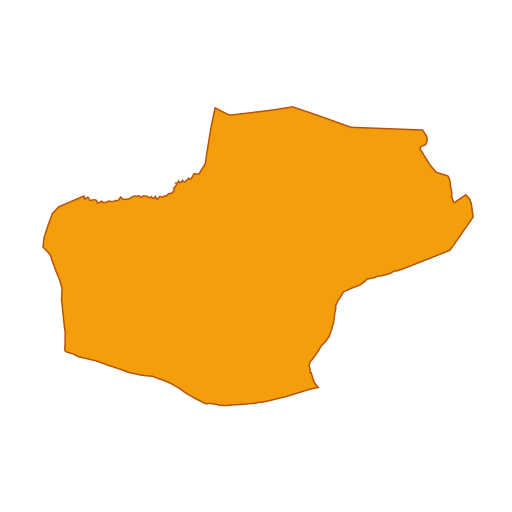 the district of San Pablo Tijaltepec, Oaxaca, Mexico, rotated 275°
{"feature_id": "50627088B89974538637092", "entity_name": "San Pablo Tijaltepec", "entity_type": "district", "adm_level": 2, "iso_a3": "MEX", "parent_name": "Mexico", "parent_adm1": "Oaxaca", "projection": "mercator", "projection_center": [-97.471, 17.005], "detail": "fine", "context": "isolated", "style": "filled", "palette": "amber", "viewbox_px": 512, "rotation_deg": 275, "n_neighbors": 0, "source": "geoboundaries", "source_scale": "gbopen_adm2", "svg_char_len": 3493}
<svg xmlns="http://www.w3.org/2000/svg" viewBox="0 0 512 512"><g transform="rotate(275 256 256)"><path d="M104.4,218.8L104.6,220.1L105.0,221.7L105.1,223.3L104.9,228.9L104.7,229.8L104.2,232.1L104.2,236.7L104.3,238.1L105.0,242.4L105.6,245.6L106.1,249.2L107.0,255.1L108.2,261.7L109.4,268.9L110.0,269.8L111.3,276.5L115.7,289.6L118.4,297.6L123.0,309.0L125.2,314.5L127.0,318.8L127.5,320.1L128.9,324.2L130.1,327.8L130.4,329.3L135.9,324.6L137.7,323.9L144.6,321.1L144.6,320.2L148.0,319.8L150.2,318.9L151.7,318.4L152.3,318.5L153.2,318.7L155.5,319.2L157.2,320.5L158.7,321.5L160.7,322.8L162.0,323.7L167.5,326.7L171.9,328.7L176.9,332.7L182.1,335.9L184.5,336.4L187.0,337.1L189.4,337.7L190.3,338.1L191.1,338.2L191.9,337.9L192.8,337.9L194.6,338.9L195.0,339.0L205.7,339.5L209.6,339.9L210.8,340.0L211.8,340.0L213.2,339.6L217.2,341.1L219.0,341.6L220.6,342.8L227.9,346.3L231.3,352.2L233.0,355.5L234.5,358.7L236.0,361.8L238.1,364.3L239.9,366.5L242.5,368.3L244.6,375.4L246.4,378.9L247.4,383.4L249.1,388.2L250.7,391.7L252.1,393.6L253.3,395.4L253.3,397.3L255.8,403.2L278.6,448.7L313.7,468.9L323.7,466.7L327.0,465.9L330.8,464.1L332.1,463.2L333.3,461.6L335.1,460.1L334.8,459.0L333.4,457.4L328.2,451.0L326.7,449.7L326.7,448.4L329.9,446.8L331.9,445.8L336.6,445.5L337.5,445.2L341.7,443.8L347.5,442.8L350.1,441.7L352.5,440.1L355.2,428.2L362.1,421.2L376.1,410.8L376.7,410.0L378.5,410.5L379.8,411.0L380.4,412.6L380.6,413.1L381.1,414.3L381.6,415.1L382.3,415.6L382.8,415.8L384.6,416.1L386.2,416.4L387.9,416.2L388.9,415.9L390.4,415.4L396.0,411.0L392.5,339.4L401.5,305.0L407.8,279.4L403.0,260.5L394.4,219.6L394.2,218.8L394.7,215.2L400.0,202.3L379.2,199.9L354.7,198.1L343.3,197.4L342.4,196.9L336.3,193.8L332.6,192.0L332.6,191.5L332.5,190.8L332.4,190.1L332.3,189.0L332.8,188.5L332.7,187.3L332.2,186.7L331.3,186.5L330.4,186.2L327.3,184.5L326.8,183.5L327.4,182.7L327.6,182.3L326.8,182.2L326.2,180.8L325.4,180.1L324.0,179.3L323.5,178.5L323.7,177.2L324.3,176.8L325.0,176.0L322.7,174.9L322.6,173.5L324.0,172.3L322.9,172.1L321.7,171.2L321.7,169.8L320.1,170.7L317.2,169.0L316.6,168.2L316.2,168.1L315.2,168.6L314.7,168.8L314.3,168.8L313.0,167.9L311.5,166.6L310.7,164.7L310.3,163.8L310.3,163.3L309.9,162.9L308.4,161.8L307.9,161.2L308.0,159.6L306.5,158.0L306.9,155.0L305.6,154.1L304.0,152.7L304.3,151.8L306.6,150.6L305.0,149.3L304.6,148.7L304.5,147.9L304.7,147.3L306.0,146.8L305.0,145.5L304.9,144.5L305.3,143.6L306.1,142.1L306.0,138.2L304.5,137.2L304.3,136.1L304.6,135.9L305.6,134.9L305.8,133.6L305.5,133.1L304.9,132.1L305.3,129.9L304.5,128.6L303.7,126.9L301.9,124.9L300.8,119.1L301.3,118.0L301.8,117.3L302.8,116.5L303.0,116.0L299.7,114.1L299.2,113.5L298.9,112.9L299.2,111.5L297.9,109.4L297.6,106.1L298.0,104.6L296.2,101.8L296.0,99.1L297.2,97.3L295.3,94.6L295.1,93.8L295.3,93.0L296.6,92.6L297.4,92.4L297.9,91.0L297.7,88.3L296.7,86.1L296.8,85.7L298.6,84.7L299.3,84.0L299.9,83.3L299.7,82.9L299.0,82.3L297.8,80.8L297.9,80.3L299.3,80.1L299.8,79.5L300.1,78.9L300.4,79.1L300.1,78.1L292.3,63.6L289.1,57.6L287.8,55.2L286.1,53.8L280.6,49.5L279.9,49.3L265.5,45.4L255.5,43.2L246.2,43.1L241.4,48.8L238.4,51.4L233.8,53.2L223.3,58.2L215.2,62.4L206.5,65.7L195.8,66.1L176.9,69.7L166.4,71.8L163.3,72.6L158.7,72.9L152.6,73.4L145.8,73.7L144.9,74.0L144.0,75.3L142.5,82.4L140.2,88.1L139.6,91.8L137.7,105.5L136.7,109.4L134.0,119.1L133.1,123.4L131.4,130.4L128.9,139.4L127.3,152.4L127.1,159.0L127.2,163.2L125.2,170.0L124.5,173.5L121.7,182.0L118.3,189.5L117.3,191.4L113.4,198.0L108.6,208.1L104.4,218.8Z" fill="#f59e0b" stroke="#b45309" stroke-width="1.5"/></g></svg>